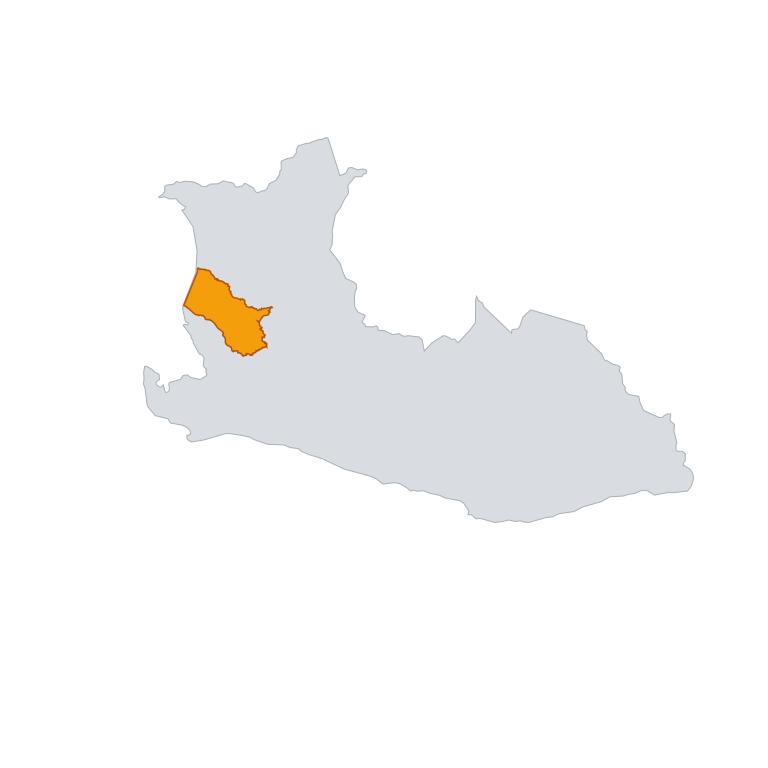 location of Datem del Marañon, Loreto, Peru, rotated 313°
{"feature_id": "86281439B19525046252167", "entity_name": "Datem del Marañon", "entity_type": "district", "adm_level": 2, "iso_a3": "PER", "parent_name": "Peru", "parent_adm1": "Loreto", "projection": "robinson", "projection_center": [-76.806, -4.129], "detail": "fine", "context": "in_parent", "style": "filled", "palette": "amber", "viewbox_px": 768, "rotation_deg": 313, "n_neighbors": 0, "source": "geoboundaries", "source_scale": "gbopen_adm2", "svg_char_len": 9582}
<svg xmlns="http://www.w3.org/2000/svg" viewBox="0 0 768 768"><g transform="rotate(313 384 384)"><path d="M528.2,224.2L528.0,226.3L525.7,227.3L523.5,225.8L520.4,226.3L515.7,221.4L504.5,222.2L499.5,227.9L492.1,229.1L483.9,231.7L474.7,232.9L460.3,241.9L457.0,245.7L450.4,251.0L445.1,252.8L442.4,269.3L437.2,278.9L435.1,284.2L437.9,292.2L437.9,296.1L434.9,299.2L432.5,299.6L427.5,303.0L420.2,310.3L418.9,315.9L421.2,323.3L420.4,324.1L414.3,325.5L414.5,329.6L413.2,331.2L418.3,337.1L421.2,338.5L421.4,340.0L420.9,341.5L419.7,342.2L419.6,343.5L423.3,347.9L426.1,356.7L431.4,361.0L431.5,363.8L433.0,366.6L435.8,368.7L442.3,377.5L442.4,381.6L435.6,391.0L446.8,391.0L459.2,394.2L460.9,395.7L462.3,399.9L462.5,402.7L465.0,405.0L464.7,410.1L481.0,410.2L491.5,408.9L508.5,393.2L511.3,391.9L509.8,395.3L509.6,397.8L510.5,400.5L508.5,404.3L508.1,442.5L511.2,440.5L515.2,444.1L518.1,444.3L527.5,440.0L538.3,440.7L563.2,490.6L560.9,494.0L561.0,496.6L558.0,498.8L554.8,502.8L554.5,522.7L551.9,528.7L553.3,531.8L554.6,538.1L556.9,541.9L557.5,544.4L557.2,545.3L553.7,547.5L553.5,551.1L547.1,558.2L546.0,562.9L543.6,564.5L543.1,569.9L548.7,578.8L545.0,584.0L541.6,591.8L547.2,608.2L549.5,610.5L552.0,610.4L555.7,611.8L557.6,614.3L553.0,617.3L552.2,618.7L552.5,624.1L547.4,628.1L540.6,638.4L538.8,639.0L535.4,642.1L534.8,643.6L535.3,645.1L538.2,648.1L538.5,651.9L533.5,656.5L530.1,657.0L528.8,658.3L530.2,664.6L530.1,667.5L529.0,670.8L526.6,674.5L519.3,678.3L512.7,679.0L501.6,669.5L498.2,665.6L487.2,657.6L485.5,649.2L481.8,645.1L475.0,642.0L469.6,637.7L465.6,635.7L455.6,626.2L446.4,623.2L429.5,613.2L420.3,609.9L408.5,600.5L402.1,598.0L397.0,593.7L381.6,584.4L379.2,581.5L376.8,576.9L373.4,574.2L369.5,567.9L363.8,564.2L358.2,559.3L351.4,546.2L348.2,543.2L348.0,537.2L345.8,534.5L349.1,532.6L351.2,523.3L350.1,518.6L342.2,506.2L340.7,501.0L335.0,491.4L332.9,485.7L328.3,481.5L326.4,477.9L323.8,476.4L323.7,472.0L321.9,463.6L319.4,459.4L310.2,451.5L309.4,442.9L307.3,437.0L294.6,412.9L287.2,389.7L280.9,376.8L278.4,369.4L278.2,365.4L273.5,358.6L271.1,352.3L260.7,340.2L254.7,326.8L253.8,322.8L249.7,315.4L243.1,305.9L239.8,302.0L219.9,290.2L210.5,282.9L209.4,279.2L209.8,277.0L211.9,275.0L214.7,276.6L216.4,275.9L217.8,273.3L217.8,269.3L216.1,264.2L209.7,254.2L211.3,249.7L204.8,238.2L206.3,227.0L207.8,224.2L217.4,212.8L220.1,207.9L224.2,204.9L228.5,200.4L233.6,196.9L235.0,198.1L236.5,204.1L236.3,208.2L237.7,212.7L234.2,216.8L230.4,215.9L228.9,216.9L228.3,218.8L228.9,221.9L229.9,223.2L232.8,223.3L228.9,229.3L229.2,230.5L231.9,231.6L234.5,230.0L237.2,226.6L238.9,226.1L248.6,232.0L253.1,231.3L256.6,234.0L257.0,238.2L261.9,246.5L269.1,248.5L270.3,247.8L272.0,244.8L273.6,244.3L273.9,239.6L280.2,234.7L281.1,231.4L280.2,229.0L280.4,227.1L284.0,216.2L285.2,215.1L286.3,211.5L287.8,209.4L289.9,197.2L291.6,197.2L293.3,200.1L295.2,199.4L294.2,196.6L294.5,195.7L301.4,185.9L303.7,183.8L337.3,170.3L354.0,156.4L368.8,137.0L373.4,117.5L375.1,118.8L378.0,118.4L377.0,110.5L377.7,106.7L377.6,105.6L373.0,100.9L371.1,95.7L367.1,92.8L367.2,91.6L371.5,92.7L375.4,92.3L378.7,89.0L381.1,89.3L386.6,93.8L390.7,94.1L392.0,97.3L396.0,99.6L401.6,106.4L404.2,113.7L404.0,115.1L406.5,119.0L412.0,120.8L417.4,126.3L423.1,127.9L425.6,132.9L427.1,134.4L427.9,137.2L427.0,140.5L427.8,142.3L432.0,145.2L435.6,145.3L436.4,146.7L438.4,154.8L437.0,158.9L437.5,161.1L442.2,163.1L443.6,164.8L447.3,165.2L452.6,163.5L459.1,166.0L464.2,165.1L466.5,164.4L468.9,162.6L470.8,162.7L476.0,157.5L477.4,157.1L482.9,159.4L487.6,162.9L493.3,162.2L495.6,160.1L499.7,158.8L507.2,163.2L508.9,165.2L510.9,165.6L518.9,170.0L520.3,171.7L524.6,173.4L525.4,174.8L525.2,176.3L506.3,209.6L512.2,212.3L517.6,210.6L520.4,212.8L522.4,218.2L526.7,221.8L528.2,224.2Z" fill="#d9dde1" stroke="#a8b0b8" stroke-width="1"/><path d="M347.3,206.3L348.1,205.9L349.4,205.0L349.9,204.8L349.8,203.8L349.5,203.6L349.5,203.2L349.2,202.8L349.4,202.6L349.9,202.5L350.3,202.2L350.7,201.4L350.2,201.0L349.6,200.1L349.5,199.7L349.1,199.7L349.3,198.4L349.1,198.2L349.1,197.4L348.8,197.3L349.0,196.7L348.9,196.0L348.6,195.1L348.2,195.0L348.0,194.4L347.7,194.2L347.6,193.6L347.3,193.2L347.3,192.7L347.0,192.5L347.1,191.9L347.2,191.4L346.5,192.0L346.1,191.4L346.4,191.3L346.6,191.0L346.5,190.9L346.2,190.6L346.2,190.2L346.6,189.9L346.7,189.7L345.8,189.0L345.5,188.5L346.0,188.1L346.5,187.3L346.7,186.3L346.6,185.1L346.8,184.6L347.0,184.0L346.7,183.7L346.6,183.2L346.6,182.6L346.8,182.1L346.9,181.6L347.1,181.3L347.6,181.1L347.6,180.2L347.8,179.6L347.8,179.1L347.6,178.5L347.5,178.2L346.8,177.9L346.2,176.0L345.8,175.9L345.3,175.5L345.6,175.2L345.6,174.6L345.2,174.3L344.6,173.6L344.1,173.2L343.6,172.4L343.2,171.6L342.9,171.5L342.8,171.3L342.6,171.3L342.4,171.3L342.3,171.0L342.2,170.9L342.3,170.5L342.3,169.4L342.0,169.0L341.5,168.7L341.4,168.7L338.6,171.2L306.5,183.4L305.1,183.9L305.0,184.1L304.9,184.5L305.1,185.1L305.6,185.8L305.7,186.8L305.5,187.3L305.8,187.8L305.6,188.2L305.9,190.0L306.0,190.6L306.0,193.8L306.1,194.8L306.0,196.7L306.2,198.2L306.4,198.7L306.4,199.1L306.7,199.3L306.9,199.9L307.4,200.7L307.8,201.0L307.9,201.3L307.7,201.7L307.8,201.9L308.5,202.3L309.2,202.8L309.8,204.3L310.5,204.4L310.6,204.8L310.5,205.3L310.5,205.6L310.6,206.1L310.5,206.5L310.6,207.2L310.4,207.5L310.3,208.1L309.8,208.6L309.6,209.5L310.0,210.0L310.3,210.7L310.5,210.9L310.8,211.0L311.1,211.3L311.1,211.5L311.6,212.2L312.2,212.6L312.0,212.8L312.0,213.2L312.7,214.6L312.8,215.4L312.7,216.2L312.8,217.5L312.5,220.0L312.1,221.6L311.7,223.8L311.5,224.7L312.0,228.4L312.0,229.1L312.1,229.3L312.0,230.2L311.4,232.1L310.9,232.3L310.8,232.5L309.9,232.6L309.9,233.0L309.5,233.3L309.7,234.2L309.4,234.6L309.5,235.0L309.4,235.4L309.2,236.4L309.0,236.9L308.4,237.8L308.1,237.9L307.8,238.0L307.3,238.8L306.6,239.2L306.2,239.7L306.1,240.1L305.9,240.2L305.7,240.6L305.5,241.1L305.7,241.9L305.5,242.2L305.5,242.9L305.4,243.2L305.6,243.5L305.6,244.0L306.1,244.9L306.2,245.5L306.5,245.9L306.3,246.3L306.6,247.2L306.3,247.4L305.8,248.5L304.7,249.9L304.7,250.0L305.0,250.1L305.1,250.7L304.9,250.9L304.8,251.6L304.9,251.8L305.1,251.8L305.4,251.6L305.6,251.9L306.1,252.0L306.3,252.2L306.4,252.6L307.0,253.1L307.7,253.4L308.0,253.7L308.1,253.9L308.4,254.1L308.1,254.5L308.0,255.0L307.7,255.2L307.5,255.3L307.1,255.7L307.4,256.2L308.0,256.6L308.3,257.0L308.4,257.5L308.4,258.0L308.7,258.4L308.6,258.6L308.7,259.8L308.6,260.0L308.3,260.9L308.2,261.2L308.3,262.0L308.5,262.1L309.0,262.0L309.4,262.5L310.0,262.7L310.3,263.0L310.9,263.3L311.0,263.6L311.2,263.8L311.7,263.7L311.9,263.0L312.3,262.6L312.5,262.9L312.7,263.0L312.9,263.4L313.0,263.4L313.1,263.6L313.4,263.8L313.9,265.3L314.1,265.6L314.2,265.9L313.8,266.3L313.7,266.6L314.2,267.0L314.7,266.7L315.0,267.2L315.0,267.7L315.5,267.7L315.7,267.9L315.9,267.6L316.2,267.8L316.5,267.8L316.7,267.3L317.6,267.1L317.8,267.5L318.3,267.8L318.6,268.3L319.0,268.2L319.8,268.3L320.2,268.2L320.4,268.6L320.6,268.6L320.9,268.4L321.0,268.2L321.3,268.3L321.5,268.0L321.7,268.5L322.1,268.9L322.3,269.2L322.4,269.3L322.7,269.3L323.1,269.5L323.5,269.0L324.1,269.0L324.2,269.3L324.3,269.4L324.2,269.6L324.5,269.8L325.0,269.7L325.2,270.0L325.5,269.9L326.4,270.4L326.5,270.2L326.8,270.2L326.9,270.3L327.4,270.2L327.7,270.5L328.0,270.3L328.3,270.3L328.5,271.0L328.9,271.4L329.2,271.6L330.0,271.8L330.4,272.1L330.5,272.3L330.8,272.6L331.1,272.7L331.1,272.9L331.3,272.6L331.9,272.2L331.8,271.5L332.0,271.2L332.3,271.2L332.5,271.1L333.0,271.3L333.5,271.0L333.5,270.8L333.1,270.7L333.1,270.2L333.5,270.0L333.4,269.8L333.4,269.4L332.9,269.4L332.7,269.3L332.7,268.9L332.5,268.7L332.6,268.4L332.8,268.3L333.4,268.2L333.5,268.0L332.8,267.1L332.5,266.4L332.4,266.0L332.5,265.5L332.9,265.3L332.9,264.9L333.8,264.2L334.6,263.1L335.0,262.9L335.1,263.1L334.9,263.4L335.0,263.5L335.3,263.2L335.5,263.2L335.7,263.4L335.9,264.1L336.6,264.7L336.9,264.6L337.8,263.6L338.2,263.8L338.4,263.8L338.3,263.3L338.7,263.1L338.8,262.9L338.5,262.4L338.8,260.7L339.0,260.4L339.4,259.6L339.8,259.9L340.2,259.7L340.1,259.3L339.9,258.9L340.0,258.4L340.0,257.8L339.7,257.6L339.6,256.9L339.4,256.8L339.4,256.2L339.6,256.0L339.8,255.7L340.1,255.8L340.4,256.3L340.6,256.4L341.7,256.6L342.1,256.4L341.9,255.7L341.5,254.8L341.7,254.5L342.0,254.4L342.2,254.2L342.2,253.7L342.0,253.3L342.0,253.1L342.4,252.7L342.5,252.2L342.9,251.7L343.9,250.9L343.8,249.5L343.6,249.3L343.6,248.8L343.7,248.4L343.9,249.0L344.3,249.4L344.5,250.0L344.4,250.3L344.6,250.5L345.0,250.5L346.0,249.9L347.0,249.9L347.6,249.7L349.3,249.5L351.4,249.4L352.4,249.9L354.6,251.6L355.4,252.0L355.9,252.1L356.5,252.1L357.1,251.6L357.6,251.4L358.3,251.4L358.9,251.6L358.9,249.5L359.1,249.6L359.5,250.3L360.8,249.7L362.1,249.4L362.6,249.4L363.7,250.1L363.8,249.3L363.5,249.0L362.3,248.2L361.4,248.1L361.1,247.6L360.3,246.8L358.7,246.0L358.3,245.7L357.6,244.7L356.4,244.1L355.8,242.9L354.6,243.5L354.2,243.1L353.7,242.0L352.5,242.3L351.8,241.7L351.7,241.4L351.6,240.8L351.9,239.3L351.6,238.8L351.0,238.6L350.7,238.3L350.9,236.7L350.4,236.2L349.6,234.7L350.0,234.6L349.3,234.2L349.1,233.6L348.9,233.5L348.1,233.3L347.6,232.2L347.4,231.3L347.0,230.7L346.9,230.3L347.1,229.9L347.6,229.5L347.8,229.2L347.5,228.4L347.5,228.1L348.1,227.6L348.1,227.2L348.1,226.9L349.5,225.9L349.9,225.3L350.1,224.7L350.1,224.4L349.6,223.7L349.6,222.9L349.8,222.7L349.2,222.3L348.6,221.8L347.7,221.7L347.8,221.4L348.2,221.1L348.2,220.9L347.3,220.4L347.1,220.2L346.8,219.3L346.8,218.9L346.6,218.0L345.4,216.6L345.3,216.1L344.8,215.4L344.6,214.3L344.7,213.0L344.7,212.4L344.8,212.2L345.4,211.9L345.7,210.8L345.6,209.7L346.0,209.4L346.7,209.4L347.2,208.9L347.2,208.6L347.0,208.3L347.0,207.6L347.2,206.6L347.3,206.3Z" fill="#f59e0b" stroke="#b45309" stroke-width="1.5"/></g></svg>